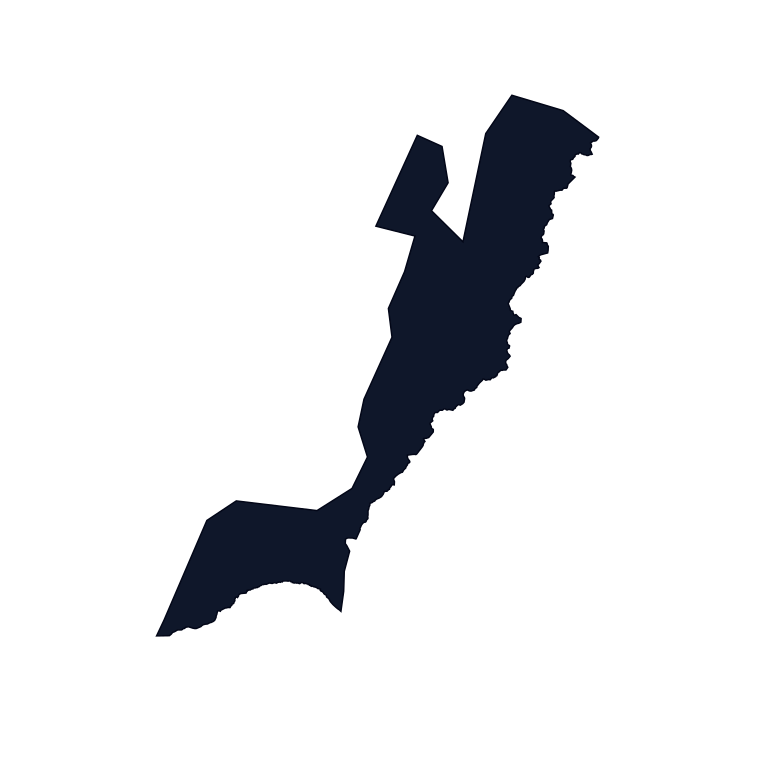 the district of Tup, Ysyk-Köl, Kyrgyzstan, rotated 114°
{"feature_id": "92254566B37451543675332", "entity_name": "Tup", "entity_type": "district", "adm_level": 2, "iso_a3": "KGZ", "parent_name": "Kyrgyzstan", "parent_adm1": "Ysyk-Köl", "projection": "orthographic", "projection_center": [78.601, 42.71], "detail": "fine", "context": "isolated", "style": "filled", "palette": "ink", "viewbox_px": 768, "rotation_deg": 114, "n_neighbors": 0, "source": "geoboundaries", "source_scale": "gbopen_adm2", "svg_char_len": 6115}
<svg xmlns="http://www.w3.org/2000/svg" viewBox="0 0 768 768"><g transform="rotate(114 384 384)"><path d="M706.6,489.3L701.2,477.7L699.0,476.6L696.9,476.1L695.5,474.6L692.6,472.5L691.1,469.1L690.3,468.4L689.1,467.9L688.4,466.8L686.9,466.2L685.3,463.9L684.8,459.3L684.3,457.2L683.6,455.9L680.1,452.6L678.8,452.1L677.5,451.3L676.2,449.7L675.0,447.6L672.9,446.0L672.2,445.0L670.6,443.6L668.9,442.6L666.2,442.5L665.0,442.6L664.3,443.1L662.8,443.0L659.3,443.7L658.5,443.0L658.2,441.9L658.2,441.1L657.0,441.0L653.3,438.0L652.4,436.5L651.6,435.7L651.2,434.4L650.8,433.7L649.5,433.7L647.6,433.0L647.0,433.3L646.4,432.9L645.8,432.2L645.3,432.1L644.9,432.3L642.7,432.1L642.1,432.3L641.5,432.9L640.5,432.7L639.5,433.0L638.6,432.2L638.7,431.0L636.9,430.7L636.3,431.0L634.8,430.6L633.5,429.3L631.1,425.0L629.9,425.0L628.9,424.7L628.4,425.2L628.1,425.1L627.7,424.0L627.0,423.7L626.8,422.6L624.9,421.3L624.6,420.4L623.7,420.4L623.1,419.8L622.9,418.9L621.9,418.0L621.7,417.2L621.0,416.5L620.4,416.5L619.8,415.5L619.0,415.4L618.0,414.3L616.9,413.8L616.2,412.4L615.2,411.3L615.0,410.3L614.2,409.4L612.9,408.3L612.1,407.1L612.1,406.3L611.6,404.9L610.1,403.4L609.6,401.1L608.5,400.4L607.5,399.1L607.3,398.0L606.4,397.4L606.2,396.4L605.0,396.1L603.7,393.3L603.0,391.2L602.5,390.7L602.1,389.3L602.5,388.7L602.1,387.7L602.7,387.0L602.3,386.5L602.5,385.7L602.2,385.3L602.2,384.7L601.6,384.0L601.4,382.7L600.8,381.7L600.8,380.1L600.4,379.6L599.1,379.1L598.8,377.8L598.3,376.7L598.9,376.1L598.8,375.6L598.0,374.6L598.1,373.7L597.7,373.1L597.7,372.4L598.0,371.9L597.5,371.2L597.5,370.7L598.0,370.6L598.2,370.2L597.9,369.8L597.9,369.0L598.3,368.6L598.4,368.1L597.8,367.6L597.8,365.2L597.4,365.0L597.5,362.1L597.8,361.0L597.4,360.2L597.3,358.6L598.2,358.5L598.9,357.0L598.6,356.2L599.4,354.2L599.9,353.8L600.3,352.6L600.4,350.9L601.9,349.8L602.5,347.2L604.6,344.5L606.2,341.0L607.4,337.5L608.2,334.8L608.5,332.9L609.2,330.9L589.8,336.5L571.3,344.1L550.7,347.4L546.8,352.3L545.5,354.5L541.3,356.1L539.4,354.6L537.5,350.2L537.0,346.7L536.8,346.5L526.8,346.5L526.1,347.2L521.8,347.2L519.7,346.7L518.5,346.0L517.6,344.7L516.7,344.5L515.1,344.6L513.8,344.0L513.0,344.1L511.9,344.9L510.2,345.3L506.2,347.1L504.7,347.1L502.2,347.7L500.7,347.6L498.7,348.3L497.2,346.7L495.8,346.0L494.7,344.9L493.8,344.8L492.3,344.1L490.0,341.9L487.9,340.5L485.0,339.9L482.0,340.0L480.7,337.6L478.5,336.8L478.0,336.2L476.7,336.5L474.7,335.9L473.5,336.0L472.4,335.0L472.0,333.6L469.0,334.7L467.0,336.6L466.4,336.8L463.4,335.8L460.5,334.3L457.9,332.4L457.1,331.3L454.3,331.0L452.0,330.0L450.5,330.2L448.3,329.7L446.9,330.0L445.5,328.8L444.8,328.7L444.1,329.1L442.6,331.7L441.4,332.8L439.5,333.7L436.5,328.9L435.8,327.4L435.5,326.2L434.5,325.6L425.8,323.5L424.2,323.3L423.3,323.6L420.9,323.7L419.9,323.2L418.0,325.7L417.7,325.7L416.4,323.3L414.7,321.4L407.8,319.5L405.8,320.3L405.4,320.6L405.3,322.5L403.7,323.5L401.6,325.9L400.7,325.9L397.8,324.5L396.7,325.6L396.1,325.8L394.7,326.0L393.3,325.5L391.6,326.1L389.2,325.8L388.2,323.5L385.3,322.5L384.3,320.1L382.6,319.1L381.9,318.3L381.8,317.6L382.2,316.7L382.2,316.3L381.8,315.4L381.0,314.7L380.7,313.9L380.0,310.4L378.5,310.0L377.7,309.6L377.3,309.1L376.0,309.2L373.1,308.1L372.4,307.2L372.3,305.7L370.0,304.1L368.1,303.5L364.6,304.4L363.6,305.1L362.9,306.4L361.0,307.6L358.2,307.5L356.2,306.2L355.4,305.1L355.6,303.3L355.1,301.6L352.7,299.0L351.1,299.0L349.5,297.9L348.2,298.2L344.5,297.3L340.4,295.6L339.2,295.6L339.0,295.4L338.9,294.0L339.1,292.5L337.4,290.3L336.9,288.7L334.3,288.0L334.0,286.7L331.9,285.0L331.4,285.1L330.5,284.3L327.2,284.6L326.0,283.7L324.6,283.2L323.7,282.7L323.6,281.8L322.5,280.4L321.6,278.3L318.4,277.7L317.4,279.0L316.2,280.0L315.8,281.1L313.9,282.0L312.6,282.1L310.1,280.8L307.3,280.1L306.5,281.2L306.0,282.8L305.1,284.1L303.2,285.6L301.6,285.6L300.9,285.0L300.5,284.4L298.2,284.7L297.9,285.0L297.7,286.8L297.4,287.3L295.9,288.3L294.9,289.4L293.4,289.9L292.2,289.7L290.3,290.1L288.1,290.1L286.7,289.3L285.1,290.9L284.3,290.9L280.3,289.6L278.1,289.3L276.6,288.6L274.9,287.2L273.7,285.6L271.9,284.1L268.6,285.3L268.4,285.4L268.3,286.0L268.4,287.7L266.9,291.6L268.2,293.0L268.2,293.4L266.0,295.5L265.2,295.9L265.4,297.2L265.2,298.5L263.7,299.5L260.2,303.1L259.6,303.3L258.3,303.1L256.8,303.3L255.6,303.1L253.7,302.2L251.9,302.7L250.4,301.8L248.0,302.0L245.6,302.0L243.6,301.7L242.5,301.9L241.6,301.0L240.5,301.0L238.6,299.6L237.3,299.4L233.3,297.9L231.0,297.7L228.4,298.3L227.7,297.8L228.0,295.9L227.7,295.1L227.2,294.7L224.5,294.2L223.4,293.1L222.1,292.7L220.2,293.4L218.9,293.5L218.6,293.8L217.8,293.5L216.6,292.2L215.7,290.5L214.6,289.7L213.6,291.1L212.2,291.9L211.0,291.2L208.0,290.6L207.2,291.4L206.8,293.2L205.4,293.5L205.0,294.0L204.9,294.8L202.5,293.7L197.7,287.8L195.3,288.4L191.4,289.9L190.2,291.7L189.1,292.3L188.9,292.9L190.3,296.8L188.8,297.4L187.5,298.3L187.0,299.0L186.8,299.9L186.0,300.1L184.0,300.2L183.1,299.4L181.9,299.2L179.1,300.0L177.8,301.4L176.4,301.1L174.7,301.6L172.3,300.2L170.3,300.4L167.2,300.0L166.2,299.5L164.3,297.4L160.7,298.1L160.3,298.6L160.3,299.7L160.1,300.0L157.0,301.6L156.9,302.5L156.5,303.1L154.5,305.6L154.0,305.9L151.4,304.7L150.2,305.7L148.9,305.9L144.9,304.5L144.2,304.5L143.3,305.3L141.5,305.6L138.7,306.7L138.0,305.9L138.0,306.8L137.9,305.3L135.2,301.8L134.7,300.6L134.3,300.1L132.2,299.7L130.8,296.8L130.1,296.6L126.4,297.2L117.3,293.7L117.2,295.1L116.7,296.2L117.0,298.1L116.2,298.9L115.1,298.8L112.3,299.5L110.7,300.6L109.6,302.2L106.3,303.1L105.1,304.4L103.2,304.7L102.0,303.0L100.3,302.9L98.4,302.1L97.6,302.5L96.8,302.4L95.4,301.4L94.9,300.0L93.0,299.5L92.7,298.2L93.3,297.1L93.1,295.9L93.2,295.0L92.6,292.6L92.7,291.5L92.1,290.4L90.4,289.0L90.1,288.1L89.4,287.3L87.6,289.3L87.1,290.2L85.6,291.3L85.2,291.4L83.4,291.0L82.2,291.2L81.1,291.9L79.9,293.4L78.7,292.8L76.7,291.4L76.4,290.3L75.2,289.0L72.2,288.2L71.2,288.3L61.4,331.5L68.2,384.6L113.8,392.9L222.0,369.7L206.4,411.1L174.1,407.3L143.4,427.6L143.3,454.7L243.1,455.6L236.2,415.9L273.0,410.9L313.2,410.7L338.0,395.7L406.0,396.1L433.7,390.2L457.4,369.4L492.4,370.7L526.9,393.7L550.9,471.4L580.7,490.3L689.3,488.9L706.6,489.3Z" fill="#0f172a" stroke="#020617" stroke-width="1.5"/></g></svg>